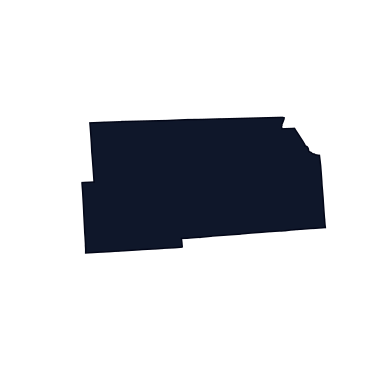 the district of Balaceanu, Buzau, Romania, rotated 223°
{"feature_id": "2599482B52608933480598", "entity_name": "Balaceanu", "entity_type": "district", "adm_level": 2, "iso_a3": "ROU", "parent_name": "Romania", "parent_adm1": "Buzau", "projection": "albers", "projection_center": [27.123, 45.25], "detail": "fine", "context": "isolated", "style": "filled", "palette": "ink", "viewbox_px": 384, "rotation_deg": 223, "n_neighbors": 0, "source": "geoboundaries", "source_scale": "gbopen_adm2", "svg_char_len": 2667}
<svg xmlns="http://www.w3.org/2000/svg" viewBox="0 0 384 384"><g transform="rotate(223 192 192)"><path d="M160.5,308.4L161.8,307.0L164.6,304.2L168.8,300.0L169.3,299.5L170.6,300.5L171.2,300.9L171.4,301.2L171.6,301.9L172.1,302.5L172.4,302.8L172.7,303.1L172.7,303.7L173.4,305.5L174.5,308.1L175.2,309.1L176.8,308.2L199.5,285.9L220.6,265.2L221.0,264.9L233.8,252.2L236.7,249.4L244.7,241.8L259.3,226.9L267.2,219.2L276.0,210.6L280.9,205.8L284.8,202.0L291.6,195.4L291.5,195.2L293.1,193.7L301.4,185.4L301.5,185.3L303.1,183.7L303.4,183.5L305.2,181.6L313.8,172.9L309.6,169.1L299.3,159.5L292.5,152.9L288.6,149.4L279.3,140.8L270.4,132.5L274.7,128.1L276.6,126.2L278.0,124.7L278.8,123.9L278.5,123.5L274.2,119.5L271.6,117.1L264.6,110.4L262.1,108.0L258.5,104.5L257.1,103.1L254.1,100.2L248.0,94.3L244.7,91.1L243.3,89.7L243.0,89.4L241.9,88.4L239.3,86.0L234.4,81.3L233.4,80.2L231.5,78.4L230.4,77.3L229.2,76.0L228.2,74.9L227.9,75.2L227.9,75.3L227.7,75.4L226.8,76.4L223.5,79.8L222.1,81.3L218.5,85.1L216.2,87.4L214.0,89.7L213.9,89.8L211.0,92.8L209.8,94.1L207.8,96.3L205.0,99.1L204.4,99.8L203.0,101.3L202.0,102.3L200.4,104.0L193.5,111.3L190.4,114.6L190.3,114.8L187.8,117.4L185.2,120.1L181.2,124.2L180.4,125.0L179.6,125.8L178.9,126.6L178.1,127.4L176.3,129.4L175.4,130.3L174.5,131.4L173.3,132.7L172.8,133.2L172.3,133.7L171.7,134.3L166.7,139.4L164.4,141.9L164.1,142.3L163.7,142.7L162.0,144.6L161.8,144.9L161.7,145.2L162.6,146.0L163.5,146.8L164.8,148.0L166.1,149.1L168.1,150.8L164.0,154.9L161.7,157.5L158.3,161.2L156.6,163.0L155.9,163.7L155.2,164.2L154.6,165.1L151.3,168.8L147.6,173.0L147.3,173.5L139.8,181.5L134.6,187.1L129.7,192.3L128.1,194.0L127.2,195.2L124.2,198.5L123.2,199.7L121.3,201.8L117.4,206.0L114.3,209.3L108.6,215.6L107.2,217.0L103.5,221.0L101.0,223.6L99.8,224.7L97.8,226.9L97.6,227.0L96.4,228.5L94.5,230.8L94.4,231.0L94.2,231.2L94.1,231.3L93.5,232.0L92.9,232.6L92.1,233.5L91.5,234.1L91.1,234.6L90.9,234.9L89.6,236.2L89.3,236.5L89.0,236.9L88.6,237.3L87.7,238.3L87.3,238.7L87.0,239.0L85.7,240.4L83.6,242.7L80.2,246.4L77.8,248.8L74.3,252.6L72.4,254.6L71.9,255.2L70.5,256.7L70.3,256.8L70.2,256.9L70.6,257.3L71.0,257.6L71.5,258.0L72.0,258.4L75.3,261.4L76.3,262.4L77.4,263.3L79.7,265.4L82.8,268.3L89.1,274.2L92.8,277.7L94.7,279.4L97.2,281.7L97.4,281.9L101.1,285.2L103.2,287.2L103.9,287.9L108.3,292.0L115.9,299.0L123.8,305.7L125.0,304.7L126.0,304.2L126.7,303.5L127.0,303.3L127.7,303.3L128.6,303.1L129.4,302.4L130.2,302.1L131.8,302.1L133.8,301.4L134.5,301.5L136.9,303.2L138.7,303.6L139.5,303.4L141.0,302.6L141.4,302.8L141.3,303.3L142.1,303.6L145.7,304.7L149.4,305.6L152.5,306.4L155.7,307.2L158.7,307.9L159.9,308.3L160.5,308.4Z" fill="#0f172a" stroke="#020617" stroke-width="1.5"/></g></svg>